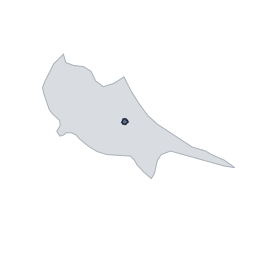 location of Strovolos, Nicosia, Cyprus, rotated 51°
{"feature_id": "46923920B23243787591714", "entity_name": "Strovolos", "entity_type": "district", "adm_level": 2, "iso_a3": "CYP", "parent_name": "Cyprus", "parent_adm1": "Nicosia", "projection": "mercator", "projection_center": [33.346, 35.13], "detail": "fine", "context": "in_parent", "style": "filled", "palette": "slate", "viewbox_px": 256, "rotation_deg": 51, "n_neighbors": 0, "source": "geoboundaries", "source_scale": "gbopen_adm2", "svg_char_len": 1282}
<svg xmlns="http://www.w3.org/2000/svg" viewBox="0 0 256 256"><g transform="rotate(51 128 128)"><path d="M179.7,135.7L182.0,141.7L172.1,143.5L162.2,144.1L156.7,143.3L151.5,143.7L135.5,161.0L126.8,166.9L116.5,170.4L106.1,172.5L100.8,172.7L96.2,174.9L92.9,178.9L92.8,182.8L91.5,186.0L85.7,185.4L83.3,179.1L79.2,176.4L69.1,177.8L64.1,177.6L47.8,171.6L42.9,169.1L39.8,164.0L31.4,145.4L30.0,131.7L37.9,135.2L45.2,130.9L52.2,124.0L60.6,121.1L65.8,122.3L71.0,123.5L80.3,121.3L84.4,110.9L85.7,99.0L101.5,102.4L117.5,104.2L130.6,104.8L143.6,102.8L183.2,90.1L194.4,82.4L201.3,79.8L213.4,73.5L226.0,70.0L217.9,77.3L172.6,109.5L169.6,119.0L171.7,125.6L178.0,133.6L179.7,135.7Z" fill="#d9dde1" stroke="#a8b0b8" stroke-width="1"/><path d="M118.0,126.1L118.2,126.6L118.6,126.9L118.9,127.1L118.8,127.4L119.0,127.8L119.3,128.3L119.5,128.6L119.7,128.9L119.7,129.2L120.4,129.0L120.9,129.1L121.1,129.4L121.7,129.5L122.2,129.0L122.6,128.4L122.9,128.2L123.4,128.1L123.7,127.6L123.6,127.0L123.4,126.5L123.4,126.1L123.4,125.6L123.3,125.1L123.4,124.7L123.4,124.1L122.8,124.1L122.1,123.8L121.7,124.2L121.0,124.4L120.9,124.0L121.0,123.8L120.5,123.8L120.0,124.0L119.6,124.1L119.2,124.3L118.8,124.7L118.6,125.2L118.6,125.5L118.3,125.9L118.0,126.1Z" fill="#64748b" stroke="#1e293b" stroke-width="1.5"/></g></svg>